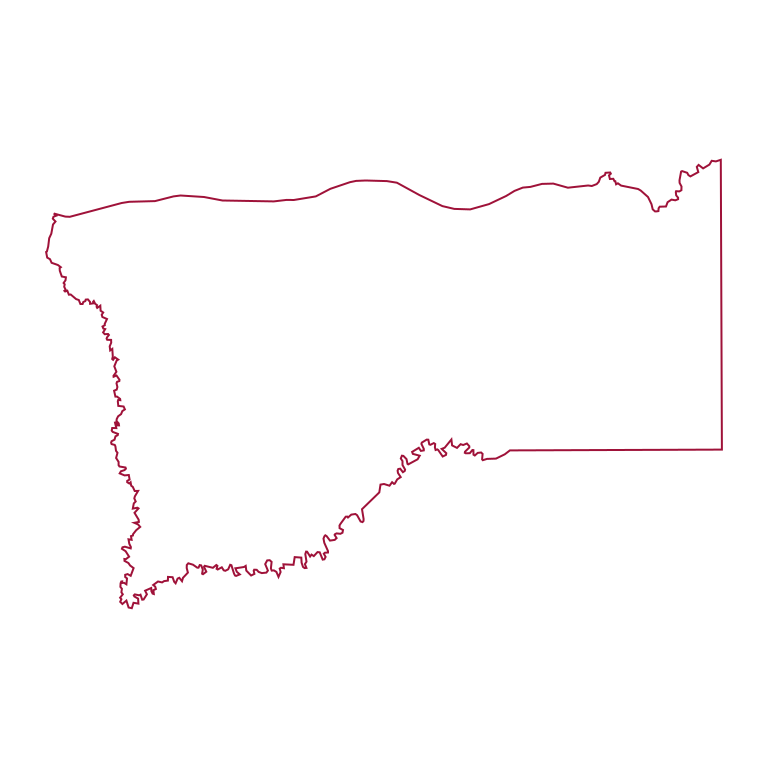 outline of Chong Kal, Otdar Mean Chey, Cambodia
{"feature_id": "14789045B71050789066686", "entity_name": "Chong Kal", "entity_type": "district", "adm_level": 2, "iso_a3": "KHM", "parent_name": "Cambodia", "parent_adm1": "Otdar Mean Chey", "projection": "natural_earth1", "projection_center": [103.539, 14.003], "detail": "fine", "context": "isolated", "style": "outline", "palette": "rose", "viewbox_px": 768, "rotation_deg": 0, "n_neighbors": 0, "source": "geoboundaries", "source_scale": "gbopen_adm2", "svg_char_len": 6078}
<svg xmlns="http://www.w3.org/2000/svg" viewBox="0 0 768 768"><path d="M122.4,604.0L126.4,600.6L128.6,607.5L131.8,608.2L133.5,602.8L138.4,603.6L138.1,598.6L134.4,596.5L133.8,595.4L134.8,594.4L139.2,595.3L140.5,594.7L142.2,599.7L143.6,599.5L146.9,594.3L145.1,590.7L151.2,588.0L151.4,591.2L152.6,593.6L153.8,594.0L153.4,590.2L155.9,589.0L155.2,586.6L153.2,585.0L158.0,581.5L162.1,582.4L164.1,581.1L167.9,580.6L168.0,576.9L172.6,577.2L174.2,581.8L175.6,583.3L177.6,578.6L179.3,577.8L182.0,581.2L183.0,577.8L187.9,572.6L186.7,568.0L186.8,565.0L188.3,563.3L193.0,564.7L197.3,567.7L198.5,567.7L199.7,565.1L201.2,565.4L202.8,569.6L202.1,573.7L203.0,574.2L206.3,571.7L204.0,566.8L204.7,565.8L212.9,567.8L216.3,565.0L217.4,565.8L216.6,568.8L217.7,569.5L221.8,567.3L223.7,570.3L225.3,570.8L228.2,569.3L230.2,564.8L231.4,565.2L234.0,573.5L235.0,575.5L236.1,575.9L239.8,574.4L236.8,571.8L235.4,568.3L244.0,567.0L245.7,565.9L246.3,570.6L251.1,575.5L254.4,573.9L253.7,570.7L254.2,569.7L256.7,569.8L258.6,571.9L261.8,573.1L266.4,572.6L267.9,570.6L265.2,564.1L267.2,560.4L269.7,560.2L271.6,561.9L270.9,568.4L271.7,570.6L273.9,570.4L276.4,571.9L278.5,576.9L280.6,572.0L279.7,568.6L280.9,567.8L283.9,568.2L283.4,564.3L293.5,564.8L294.7,557.1L301.3,557.6L301.6,562.7L303.0,566.9L304.6,568.1L306.4,567.9L304.9,564.1L306.5,561.7L305.3,554.1L306.1,551.6L307.1,551.7L310.1,556.5L311.5,554.6L313.8,556.1L317.5,552.1L319.7,552.3L322.7,559.6L324.4,559.3L325.6,556.9L323.8,553.7L324.9,552.7L328.0,552.5L328.0,551.1L324.3,542.8L323.5,538.6L324.4,536.3L325.3,535.3L326.6,536.1L330.0,540.6L334.7,539.9L336.6,538.1L334.6,534.9L335.1,534.1L336.6,533.4L340.4,533.8L342.5,532.7L343.0,530.0L339.6,528.2L339.5,525.5L340.5,523.8L345.7,516.7L347.3,516.6L348.0,517.5L351.3,514.6L355.4,514.0L357.1,515.2L360.6,521.5L362.5,522.1L363.5,521.0L363.6,519.0L362.0,509.2L379.3,492.4L380.5,484.6L384.0,484.0L389.5,485.7L392.1,482.2L394.0,483.9L394.8,483.6L397.2,479.4L400.7,477.1L398.0,473.0L397.6,470.7L398.3,469.0L400.2,468.7L402.9,472.2L404.7,471.0L405.1,469.6L402.5,465.0L402.5,461.1L400.8,458.5L401.9,455.7L403.4,455.9L406.5,459.1L407.5,463.9L408.2,464.4L417.6,459.3L419.7,455.7L412.9,453.9L412.1,451.9L418.8,447.8L420.9,450.9L423.8,450.4L423.8,448.9L421.4,443.9L421.8,442.6L426.7,439.6L428.3,439.7L429.3,444.4L430.4,444.8L433.8,443.1L435.2,444.0L434.9,447.3L435.6,450.0L437.3,449.4L438.2,450.0L442.7,456.5L446.0,454.9L446.3,453.2L441.7,448.9L444.7,447.7L451.4,439.5L452.1,445.4L457.0,447.9L460.6,444.2L463.2,445.0L466.9,443.5L469.3,446.2L469.3,447.5L465.0,451.7L464.8,452.8L465.8,453.3L469.8,453.2L472.4,450.0L473.4,450.1L473.5,454.7L474.8,455.5L477.7,452.9L481.1,452.5L482.6,453.9L482.1,459.3L482.8,460.2L487.0,458.9L496.0,458.6L504.8,454.3L509.9,450.4L721.9,449.6L720.8,159.8L715.9,161.4L711.7,160.8L709.4,164.6L703.1,168.4L698.6,164.9L696.8,166.9L698.3,172.1L690.4,176.4L688.4,175.1L687.2,172.8L682.1,171.1L681.1,171.6L679.5,180.3L679.6,182.9L681.5,186.5L681.4,190.2L679.4,191.4L676.1,191.2L675.8,192.1L676.2,195.4L678.1,197.7L678.1,199.2L675.3,200.3L671.5,199.6L667.6,202.2L666.0,206.5L659.7,206.7L658.6,208.3L658.4,211.1L656.4,211.4L655.0,211.4L652.7,209.3L651.5,204.2L648.0,197.0L640.8,190.6L638.1,189.0L621.1,185.6L617.9,183.3L616.1,184.3L615.3,181.2L614.5,181.2L613.3,178.8L609.9,179.0L609.0,175.4L610.8,173.7L610.2,172.5L605.5,172.8L605.0,174.9L600.3,177.6L598.8,181.8L596.7,184.1L591.8,186.0L588.1,185.5L567.9,187.7L553.3,183.6L542.0,183.9L530.4,186.9L522.8,187.6L514.5,190.9L506.1,196.0L489.0,204.1L470.2,209.4L454.3,208.9L442.4,206.1L419.3,195.0L396.9,182.7L386.9,181.1L365.7,180.5L356.1,180.9L349.9,182.2L330.4,188.8L315.8,196.4L293.8,200.0L286.7,199.9L273.8,201.4L222.5,200.5L204.0,197.0L180.5,195.5L173.5,196.4L155.0,201.1L129.2,201.8L121.7,203.0L69.8,216.8L65.3,216.6L53.8,213.5L56.2,215.7L53.5,216.7L52.8,218.7L55.5,221.5L53.0,224.5L51.3,233.7L49.2,238.2L48.2,246.5L46.9,251.5L46.1,252.0L47.2,257.6L50.0,259.2L51.6,262.8L57.9,265.0L60.8,267.2L59.6,268.1L59.8,270.8L61.8,276.5L65.9,277.3L65.5,280.3L63.6,283.0L64.7,284.3L64.2,286.8L65.7,289.8L64.4,290.8L65.1,291.5L67.3,290.7L68.9,294.7L70.7,294.5L76.1,299.1L78.8,300.0L80.4,304.0L82.6,304.0L83.3,302.0L85.3,301.1L85.7,299.6L87.9,299.4L90.0,301.9L90.1,303.8L93.6,303.3L93.1,301.8L93.8,301.0L95.2,303.8L97.0,305.1L96.6,306.8L97.2,307.9L100.3,305.7L100.6,310.7L103.2,312.5L101.7,314.8L102.4,317.0L107.0,319.0L104.7,323.9L104.8,325.2L102.5,326.5L103.3,328.5L105.2,329.1L103.1,332.4L104.7,334.2L108.1,334.0L108.9,335.0L107.0,337.4L106.6,338.6L107.2,339.8L111.1,339.9L111.2,342.7L109.7,346.3L110.2,350.4L112.3,348.9L112.8,356.6L112.2,359.0L113.1,359.8L114.9,357.3L118.2,359.6L116.7,360.5L114.3,366.3L116.4,371.8L113.5,375.8L113.6,376.7L116.5,375.5L119.5,379.8L119.3,381.1L117.1,381.8L116.5,383.3L117.4,387.0L116.7,389.6L114.1,390.7L115.4,396.6L117.0,396.6L120.1,398.9L120.3,400.2L118.2,400.0L117.8,401.3L118.3,405.9L123.6,406.5L124.9,409.4L122.3,411.1L121.1,414.1L118.1,416.3L116.7,419.1L116.5,421.0L118.7,423.4L119.0,425.4L117.5,425.4L115.9,422.5L115.0,422.6L116.3,428.1L112.2,428.0L111.7,430.6L112.7,431.9L118.0,433.9L117.7,435.2L115.5,436.3L114.5,439.7L111.6,441.2L111.1,442.7L111.6,444.1L114.7,444.9L115.4,446.3L116.0,450.8L117.5,452.8L116.1,458.0L118.6,461.9L118.6,465.2L119.5,466.5L125.5,467.5L125.9,468.7L124.5,470.1L120.9,471.3L119.7,473.4L124.6,475.4L128.8,475.0L129.6,479.5L127.2,480.9L127.2,482.2L129.3,483.5L130.6,482.3L131.2,485.7L132.8,486.9L134.7,491.0L138.1,490.9L134.9,496.3L134.3,498.4L135.7,501.5L133.8,503.4L132.8,508.6L137.4,507.7L138.5,508.4L134.5,512.8L138.6,519.6L138.9,521.9L134.3,522.8L138.0,524.4L140.2,526.9L136.2,530.2L133.1,534.1L132.9,535.5L131.0,536.1L131.6,539.8L128.5,539.3L129.3,543.8L130.9,547.1L130.7,548.4L124.9,546.7L122.5,547.3L121.9,548.8L125.6,551.2L129.1,556.7L125.8,559.2L124.4,559.0L124.5,560.9L128.4,563.0L130.1,565.5L133.6,568.1L130.7,575.8L127.6,574.1L125.2,574.8L125.2,577.0L127.0,578.4L126.4,584.3L124.0,582.8L121.8,583.0L122.1,581.4L121.3,581.5L120.6,583.2L120.4,586.9L121.9,588.8L121.4,592.3L122.8,594.3L120.1,597.7L121.4,599.2L120.2,601.8L122.4,604.0Z" fill="none" stroke="#9f1239" stroke-width="2"/></svg>